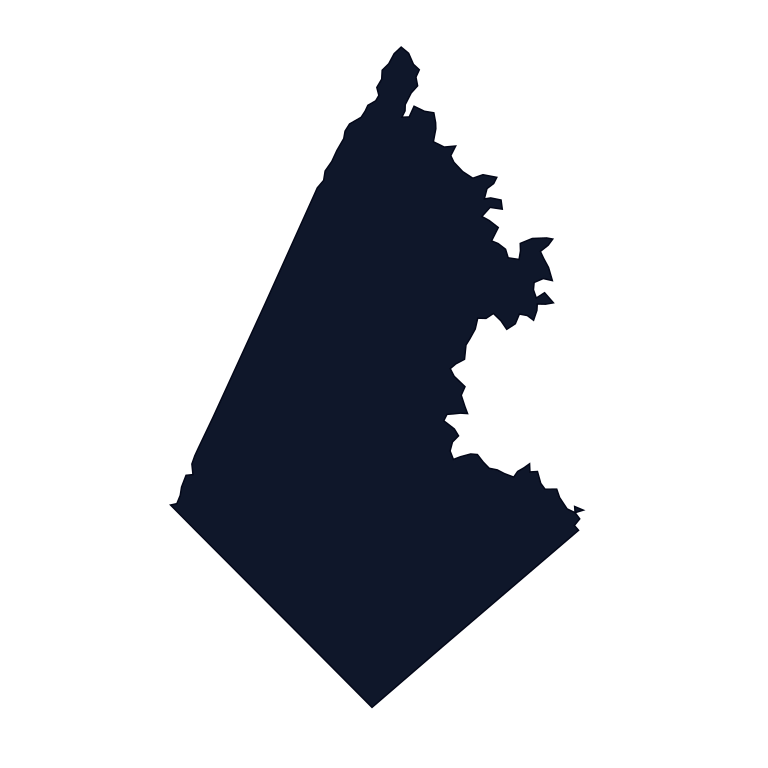 the district of Vera Cruz do Oeste, Paraná, Brazil, rotated 48°
{"feature_id": "56859067B99873353532252", "entity_name": "Vera Cruz do Oeste", "entity_type": "district", "adm_level": 2, "iso_a3": "BRA", "parent_name": "Brazil", "parent_adm1": "Paraná", "projection": "albers", "projection_center": [-53.935, -24.996], "detail": "fine", "context": "isolated", "style": "filled", "palette": "ink", "viewbox_px": 768, "rotation_deg": 48, "n_neighbors": 0, "source": "geoboundaries", "source_scale": "gbopen_adm2", "svg_char_len": 1959}
<svg xmlns="http://www.w3.org/2000/svg" viewBox="0 0 768 768"><g transform="rotate(48 384 384)"><path d="M622.9,337.3L616.5,337.2L615.2,328.8L607.5,328.1L599.3,331.5L585.9,329.5L577.7,326.0L570.0,334.7L562.7,334.0L551.7,328.5L547.0,334.4L540.7,329.2L539.9,336.2L538.4,343.2L540.0,349.9L531.1,354.5L523.6,357.3L517.0,362.2L508.3,362.5L498.9,361.8L494.0,366.4L489.2,375.9L486.5,382.9L478.0,379.7L472.9,371.9L472.4,363.3L464.5,361.8L451.3,364.2L448.7,357.5L452.5,352.6L456.8,346.7L461.9,341.7L454.8,338.9L444.0,334.1L440.2,325.6L425.2,326.7L416.9,324.5L417.1,317.2L419.5,307.6L409.9,297.0L407.9,290.1L404.2,279.4L397.8,270.3L403.5,264.3L404.8,255.5L415.3,254.8L425.5,256.2L427.1,246.1L422.6,236.6L429.0,231.7L436.7,230.2L431.6,221.1L427.1,216.6L432.8,210.5L437.0,203.8L423.6,203.6L422.0,213.3L414.0,209.9L409.0,204.5L412.2,195.1L419.8,189.7L407.6,183.8L397.4,181.3L390.1,179.1L390.7,169.0L389.2,161.6L384.3,165.4L375.1,176.4L370.7,188.7L376.4,193.5L381.8,200.3L373.3,207.3L365.2,203.5L356.0,205.2L349.6,208.3L344.2,194.4L333.0,196.4L325.0,199.2L323.7,187.0L333.2,179.1L325.6,173.9L317.1,180.2L313.6,185.6L307.7,176.7L308.4,168.3L305.9,161.9L294.7,170.4L290.5,180.3L278.8,183.4L266.0,183.7L259.0,181.6L255.1,171.5L248.2,180.7L237.0,185.2L229.0,174.7L224.4,170.8L215.8,165.5L208.3,171.5L197.7,175.8L202.4,186.6L197.7,192.2L195.1,185.6L190.6,181.3L185.9,169.1L184.9,159.5L177.3,154.9L174.1,147.5L166.1,148.2L154.7,144.4L145.1,145.8L145.3,155.4L149.2,166.2L149.6,175.4L155.9,181.7L158.8,190.9L166.1,194.7L168.0,200.7L166.1,209.5L168.6,215.4L170.5,222.5L167.7,235.6L170.0,243.7L174.7,249.7L178.9,262.7L183.7,273.9L186.3,285.2L192.3,292.6L193.6,302.3L196.2,308.1L244.7,418.4L294.4,533.5L307.2,564.4L310.7,572.6L314.9,580.3L323.5,586.6L319.4,592.2L325.1,603.4L330.4,609.9L334.3,618.0L331.1,623.6L368.8,621.8L521.0,614.0L616.3,609.3L618.3,516.6L622.9,337.3ZM607.5,328.1L611.1,320.3L602.6,324.3L607.5,328.1Z" fill="#0f172a" stroke="#020617" stroke-width="1.5"/></g></svg>